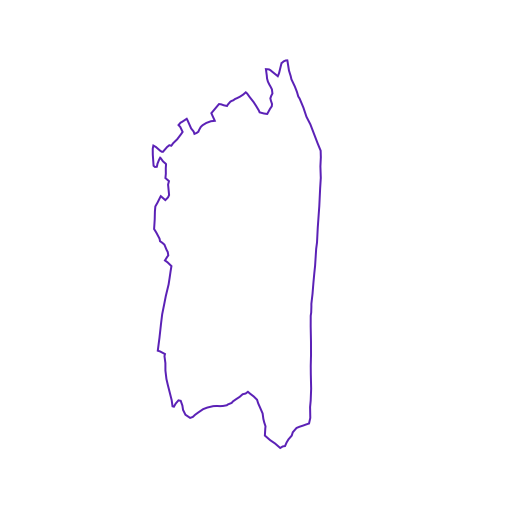 Al-Sulaymaniyah, As-Sulaymaniyah, Iraq, rotated 221°
{"feature_id": "34846034B55719256527363", "entity_name": "Al-Sulaymaniyah", "entity_type": "district", "adm_level": 2, "iso_a3": "IRQ", "parent_name": "Iraq", "parent_adm1": "As-Sulaymaniyah", "projection": "robinson", "projection_center": [45.485, 35.442], "detail": "fine", "context": "isolated", "style": "outline", "palette": "violet", "viewbox_px": 512, "rotation_deg": 221, "n_neighbors": 0, "source": "geoboundaries", "source_scale": "gbopen_adm2", "svg_char_len": 3466}
<svg xmlns="http://www.w3.org/2000/svg" viewBox="0 0 512 512"><g transform="rotate(221 256 256)"><path d="M405.9,272.0L405.4,271.1L404.3,269.2L400.4,264.8L392.5,256.9L390.7,256.9L389.7,257.9L389.4,258.2L389.7,258.9L390.2,259.8L390.9,261.0L392.2,264.8L392.6,266.3L392.8,267.3L392.6,267.3L392.0,267.3L388.3,266.4L384.4,266.4L383.9,266.0L381.8,263.2L377.9,258.8L375.5,255.4L370.8,255.4L369.2,252.2L367.6,250.7L361.6,245.0L360.9,242.7L360.9,241.7L361.1,238.7L363.7,238.7L366.9,238.7L367.1,238.7L366.9,237.7L365.3,231.5L364.5,227.4L361.6,223.4L356.4,217.1L352.5,212.0L350.6,209.5L346.7,208.3L343.3,207.0L340.2,205.8L338.1,204.2L335.4,204.5L332.6,204.5L327.6,202.0L325.2,201.1L322.6,198.9L322.4,196.7L321.8,192.9L318.7,193.2L313.2,192.9L310.3,188.2L306.7,182.6L303.3,177.2L297.8,166.6L293.6,159.3L288.6,150.5L283.2,142.5L281.6,140.2L275.3,131.1L268.0,120.1L265.9,121.0L260.4,122.3L259.4,120.4L254.1,115.7L249.2,110.1L242.9,104.4L238.2,101.0L225.1,91.9L220.4,87.8L219.1,88.4L219.8,92.0L219.8,96.2L217.8,97.3L213.4,94.8L210.1,92.0L205.1,89.9L199.5,90.6L198.1,93.1L197.8,96.2L196.9,100.1L195.4,105.8L193.3,109.7L189.8,114.6L187.2,117.1L184.5,119.2L182.4,121.3L181.3,122.7L180.1,124.2L179.8,125.6L178.0,129.1L178.0,131.2L177.1,134.8L175.9,139.0L175.4,142.9L173.6,145.4L173.0,148.2L170.3,148.2L165.6,148.5L160.9,148.2L158.3,146.6L157.4,146.1L152.7,143.9L147.7,141.5L143.6,137.9L140.6,135.8L137.1,133.7L135.6,131.6L131.5,126.3L124.5,126.3L118.6,127.0L111.8,127.0L110.9,129.8L109.4,131.6L110.6,135.5L111.2,139.0L111.2,143.9L112.6,147.1L112.6,150.3L112.6,152.8L111.2,155.6L109.1,159.1L107.9,161.3L106.1,164.4L108.8,169.4L116.1,177.5L119.9,182.8L127.3,192.0L137.3,203.0L142.6,209.0L149.3,217.1L158.2,227.3L168.5,238.7L175.5,246.8L177.3,249.6L180.8,253.9L182.9,256.3L183.5,257.2L188.5,264.5L195.2,273.6L200.8,281.4L205.0,287.4L215.3,300.9L218.8,306.2L227.9,317.8L240.9,335.1L252.1,349.3L258.3,357.4L266.2,365.9L271.8,373.0L276.3,377.9L283.3,381.4L301.3,391.0L309.3,394.2L317.6,399.1L325.9,403.2L326.6,403.5L328.7,404.1L332.6,406.6L335.0,407.9L338.1,409.5L345.2,412.6L347.8,414.5L352.8,417.6L360.3,423.9L360.7,424.2L361.7,423.3L362.8,421.1L363.1,419.0L363.3,418.3L363.1,418.0L362.0,415.8L358.6,409.2L357.8,407.0L357.5,406.0L357.8,406.0L365.4,405.7L366.9,405.7L368.5,405.4L370.5,404.0L371.1,403.5L370.5,403.0L366.4,399.4L364.1,397.2L361.4,395.4L358.3,394.1L356.5,393.5L353.3,392.2L350.2,389.4L349.6,386.9L348.6,384.4L346.8,383.1L343.6,381.2L342.3,379.3L342.0,376.5L340.9,371.4L340.7,370.6L340.9,370.4L343.6,368.7L347.5,366.8L349.4,367.7L354.3,369.3L358.8,370.6L365.1,371.8L369.3,372.8L371.1,372.8L371.6,369.3L372.7,365.5L374.0,362.4L374.8,360.8L375.3,358.6L376.3,356.7L376.6,355.5L376.6,354.5L376.6,353.3L376.6,352.4L376.5,351.1L376.3,350.2L379.2,348.6L381.8,347.6L383.6,346.4L383.6,345.4L383.4,334.5L381.3,333.5L376.4,331.3L375.8,331.0L376.4,330.3L378.4,328.2L380.8,323.8L382.1,319.7L382.3,317.9L382.3,317.2L382.3,316.9L381.6,313.7L381.2,312.4L381.0,311.9L381.2,311.4L381.5,310.0L382.6,307.8L384.7,309.0L388.6,309.7L396.5,313.4L398.3,314.1L399.6,309.4L399.9,308.4L400.4,307.2L400.4,306.2L400.4,305.0L400.4,304.0L397.8,303.7L392.8,301.5L392.5,299.0L392.1,292.9L392.0,292.4L392.1,291.9L392.5,287.2L392.5,286.8L392.5,286.2L392.3,284.6L392.3,283.6L393.0,283.3L394.1,282.7L394.6,279.9L394.6,278.9L394.6,277.4L394.6,276.4L394.6,275.4L394.6,274.6L394.6,273.6L395.4,272.9L397.2,272.6L400.6,272.6L403.0,272.6L405.4,272.1L405.9,272.0Z" fill="none" stroke="#5b21b6" stroke-width="2"/></g></svg>